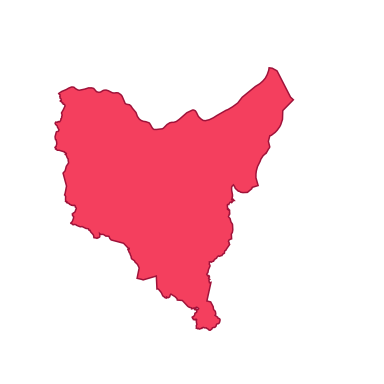 outline of Churumuco, Michoacán, Mexico, rotated 162°
{"feature_id": "50627088B90340838344930", "entity_name": "Churumuco", "entity_type": "district", "adm_level": 2, "iso_a3": "MEX", "parent_name": "Mexico", "parent_adm1": "Michoacán", "projection": "albers", "projection_center": [-101.581, 18.721], "detail": "fine", "context": "isolated", "style": "filled", "palette": "rose", "viewbox_px": 384, "rotation_deg": 162, "n_neighbors": 0, "source": "geoboundaries", "source_scale": "gbopen_adm2", "svg_char_len": 6050}
<svg xmlns="http://www.w3.org/2000/svg" viewBox="0 0 384 384"><g transform="rotate(162 192 192)"><path d="M277.2,328.9L279.9,328.3L284.8,327.9L288.3,326.9L288.0,325.8L287.5,325.3L287.8,323.9L288.2,323.7L288.1,323.0L288.4,322.4L288.4,321.9L288.0,321.6L287.8,320.6L288.1,319.5L289.0,319.5L289.2,319.2L288.0,317.7L287.9,316.9L287.4,316.8L287.5,316.3L287.3,315.3L286.2,314.7L286.1,313.1L288.9,310.1L291.7,307.5L291.7,305.2L292.6,304.2L292.6,303.7L293.6,302.2L294.1,302.1L294.5,301.1L294.8,300.7L296.1,299.7L296.8,299.8L297.0,300.2L297.7,300.3L298.5,299.9L300.0,300.6L300.8,299.9L301.0,299.4L300.8,298.3L299.8,296.6L299.9,294.8L299.6,294.3L299.6,293.5L299.3,292.3L300.1,291.3L300.6,291.0L302.0,291.2L302.5,291.0L304.8,287.5L305.2,286.8L305.6,284.6L305.6,284.0L305.1,283.8L305.3,281.5L305.8,279.4L306.9,277.9L307.1,277.3L308.1,277.1L308.6,276.6L308.2,275.4L308.3,275.2L307.8,275.2L307.9,274.3L307.1,273.3L305.4,272.7L302.0,270.3L301.1,269.9L300.9,269.5L301.1,268.9L300.1,268.5L299.7,267.4L300.4,267.2L300.9,266.8L300.2,266.2L300.1,263.2L299.5,261.5L299.9,260.9L300.4,257.8L303.6,255.3L306.1,251.4L308.8,249.8L309.5,236.4L313.1,229.9L314.1,228.6L313.7,228.0L313.6,226.7L314.6,224.0L314.7,222.9L314.8,222.6L315.1,222.5L315.2,222.2L314.5,221.6L314.5,221.3L314.1,221.4L313.8,220.9L314.2,220.4L313.0,219.5L312.8,219.1L312.3,218.9L312.1,218.0L311.1,217.3L310.9,216.7L309.7,216.3L309.3,215.8L308.4,215.9L307.7,215.5L307.4,214.7L307.7,214.0L307.4,213.8L307.1,212.3L307.3,211.7L308.2,210.9L309.1,209.5L310.2,208.9L311.6,208.6L312.3,207.9L312.6,208.0L312.9,206.5L312.2,205.2L312.8,203.7L315.0,200.9L316.9,199.9L316.9,199.6L315.6,198.4L315.4,197.7L314.8,197.5L314.1,197.6L312.5,196.8L312.1,196.0L309.5,193.8L308.9,193.4L307.2,193.1L304.1,190.1L302.0,189.1L301.8,188.9L301.8,187.6L301.4,187.1L300.8,187.0L300.7,185.4L299.1,181.9L299.1,180.3L299.4,178.9L297.1,177.7L296.7,177.3L295.9,177.4L295.6,177.7L295.2,177.4L293.9,177.7L293.6,177.9L293.0,179.4L292.7,181.0L292.2,180.1L291.9,180.1L291.0,179.5L289.9,179.3L289.2,178.8L287.4,176.5L286.8,176.5L284.7,175.5L284.5,173.2L283.7,171.4L272.9,164.4L270.2,158.7L269.8,158.2L269.1,157.8L269.4,157.1L270.6,157.4L270.8,157.2L270.5,156.1L270.4,153.7L269.9,152.9L270.1,151.7L269.8,148.9L270.1,148.5L270.1,147.2L267.9,144.3L267.9,143.2L266.2,139.9L265.7,136.1L270.9,126.9L267.1,124.6L265.6,123.5L251.9,123.1L255.3,110.6L254.4,110.5L253.5,109.0L252.3,105.8L251.9,102.4L251.5,101.6L250.8,100.8L250.6,100.2L250.2,99.7L249.1,99.0L248.5,99.5L248.5,99.8L247.5,98.8L245.9,99.1L245.5,99.3L244.8,100.6L243.6,101.4L240.4,97.6L239.2,95.2L239.4,93.8L234.7,91.8L231.3,84.5L230.2,83.2L228.2,81.9L228.5,81.0L227.2,80.9L226.5,81.1L225.2,80.8L225.4,80.2L225.9,79.6L225.6,79.1L225.3,79.1L224.7,79.4L223.6,80.9L223.4,80.6L222.9,80.8L221.7,79.2L221.8,78.9L222.9,78.2L223.6,78.5L224.2,78.4L224.4,78.1L224.4,76.6L225.2,76.0L226.5,75.9L227.1,75.1L227.3,74.4L228.3,73.5L230.5,72.9L230.2,72.2L230.5,71.5L229.8,70.7L230.0,70.2L228.5,69.4L228.2,69.9L227.2,69.6L227.0,69.3L228.0,67.2L228.3,64.5L229.1,63.8L229.6,62.3L229.6,61.6L230.0,61.2L228.7,60.1L228.2,60.3L228.1,60.0L227.2,59.3L225.4,59.4L224.7,59.2L224.3,59.8L223.0,59.7L221.7,58.7L220.4,58.4L220.0,57.6L219.2,56.9L218.7,55.7L217.8,55.0L217.4,54.9L215.4,55.6L214.6,56.5L213.4,56.5L212.2,56.2L210.8,56.8L209.5,58.6L208.6,58.8L207.6,58.6L206.6,59.0L205.8,59.9L204.8,61.7L204.9,62.8L205.4,63.4L206.2,63.9L206.3,65.0L208.2,67.6L207.3,68.2L207.0,69.0L206.7,71.3L207.8,73.6L207.3,76.4L208.2,81.7L211.5,83.8L201.9,100.2L203.4,100.3L203.3,102.3L203.0,103.1L202.1,103.4L202.9,104.8L202.4,105.4L201.6,105.8L201.7,107.1L202.6,107.1L202.5,107.8L203.3,108.5L203.4,109.1L202.5,110.1L201.8,110.4L200.4,113.0L197.7,116.1L197.6,117.0L197.9,118.1L197.1,119.6L197.1,120.1L196.1,120.1L195.4,119.3L194.8,119.3L194.3,119.7L192.9,119.5L192.5,120.2L191.4,120.6L190.8,121.2L189.2,121.4L188.6,122.1L186.8,123.0L186.4,123.0L185.8,122.4L184.6,122.4L184.0,122.6L183.3,122.3L181.5,123.6L180.7,123.6L180.0,123.9L179.9,124.4L179.0,125.9L177.5,126.3L177.2,126.8L172.4,130.5L172.6,131.9L172.3,132.5L172.6,133.8L171.6,134.9L170.1,135.2L168.8,135.2L167.6,139.8L166.1,141.1L164.9,143.4L163.6,148.2L163.5,149.0L164.2,151.6L164.0,155.1L164.9,156.8L164.9,157.5L163.8,158.6L163.6,159.3L163.0,159.3L162.7,160.1L162.8,160.7L162.4,161.1L162.4,161.6L162.0,162.6L161.9,163.2L162.2,163.6L162.7,163.6L162.5,164.1L163.6,164.6L163.6,164.8L163.5,165.0L163.0,164.9L162.8,165.1L163.1,166.0L162.5,168.7L162.0,169.1L160.9,168.7L160.5,169.3L159.0,170.5L158.1,170.3L157.6,169.6L157.1,169.8L156.8,170.8L155.9,170.6L155.3,171.1L154.5,170.9L155.2,172.5L156.4,172.5L156.6,172.8L155.6,173.8L155.4,174.7L154.9,175.1L154.9,175.7L154.4,176.4L153.8,181.2L153.0,183.9L152.3,185.0L150.4,186.0L149.8,183.8L149.7,182.1L147.7,178.5L146.6,177.9L145.8,176.8L143.8,175.7L139.4,174.5L134.1,176.7L133.3,177.8L127.1,177.7L126.8,185.8L125.6,189.4L124.3,192.2L121.8,196.0L117.6,200.3L116.4,201.9L113.1,204.6L110.4,205.7L109.4,206.5L110.0,205.5L106.0,209.2L104.6,210.2L104.1,210.9L103.7,216.6L100.6,221.5L100.1,221.3L98.7,221.5L94.3,223.1L91.8,224.5L88.4,227.0L86.8,228.6L83.5,233.1L80.5,241.4L67.1,248.4L69.0,251.8L73.7,280.9L77.4,284.9L80.3,286.3L81.4,284.1L84.1,280.5L87.1,277.6L90.4,275.6L94.1,274.0L99.1,272.8L115.0,266.6L121.0,262.5L127.1,260.5L132.3,259.3L134.4,259.2L144.9,257.0L148.7,256.0L153.1,255.4L157.3,255.7L159.4,256.7L161.1,259.0L162.6,261.9L163.2,266.3L163.7,268.1L165.0,269.4L166.2,269.8L172.4,269.0L181.7,265.0L185.1,263.9L187.8,263.9L189.7,264.5L191.7,264.7L194.9,263.9L199.5,261.5L200.8,261.3L206.3,262.4L208.8,263.2L209.4,263.9L210.1,265.6L210.7,268.8L211.2,270.7L211.5,271.1L214.3,273.2L216.5,274.3L218.2,275.7L219.6,277.6L220.6,280.8L220.7,284.9L222.8,290.1L223.5,292.7L224.5,294.3L227.3,295.8L228.2,296.9L228.9,304.8L229.6,306.6L231.5,309.0L233.0,309.7L235.5,310.2L237.1,311.0L240.3,314.2L242.2,315.5L244.2,316.0L245.2,316.0L248.2,315.3L249.9,315.6L251.8,316.9L253.5,320.9L255.2,322.0L258.3,323.0L262.1,323.0L267.9,323.6L269.3,324.6L270.9,326.4L271.8,328.0L272.9,328.7L274.3,329.1L277.2,328.9Z" fill="#f43f5e" stroke="#9f1239" stroke-width="1.5"/></g></svg>